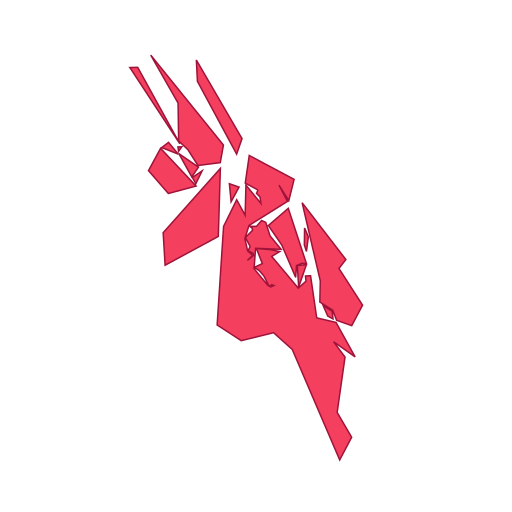 the district of Sittwe, Rakhine, Myanmar, rotated 172°
{"feature_id": "60261553B78069071602625", "entity_name": "Sittwe", "entity_type": "district", "adm_level": 2, "iso_a3": "MMR", "parent_name": "Myanmar", "parent_adm1": "Rakhine", "projection": "robinson", "projection_center": [92.892, 20.402], "detail": "medium", "context": "isolated", "style": "filled", "palette": "rose", "viewbox_px": 512, "rotation_deg": 172, "n_neighbors": 0, "source": "geoboundaries", "source_scale": "gbopen_adm2", "svg_char_len": 1923}
<svg xmlns="http://www.w3.org/2000/svg" viewBox="0 0 512 512"><g transform="rotate(172 256 256)"><path d="M171.9,142.3L186.0,179.1L204.5,186.3L204.7,228.9L209.8,229.3L210.0,224.1L218.6,218.3L240.5,253.4L231.9,257.1L241.3,260.4L254.5,263.3L250.8,247.6L259.2,245.0L254.8,241.0L251.1,235.4L247.7,225.5L246.2,223.9L244.5,225.4L242.4,224.3L245.7,223.3L248.4,225.3L259.7,243.7L255.3,263.7L230.2,259.1L239.3,274.0L241.7,288.0L245.5,290.4L251.4,285.3L257.9,286.2L255.8,283.9L256.0,281.8L263.9,275.8L260.5,266.2L263.1,262.3L258.5,259.1L258.3,256.9L265.1,252.9L259.1,257.1L263.6,262.2L264.6,274.8L258.7,287.2L217.2,305.7L223.4,323.0L215.8,306.3L207.6,326.6L248.7,356.5L256.5,329.7L245.4,321.5L245.2,320.5L246.8,318.0L243.8,313.8L243.8,307.4L256.1,327.6L261.1,297.9L267.3,314.4L284.0,289.8L304.1,193.1L282.4,174.2L249.3,177.6L233.1,158.4L201.5,42.4L186.5,63.2L197.4,89.8L181.9,143.5L191.1,160.3L171.9,142.3ZM347.3,259.5L290.6,280.6L279.1,347.7L344.7,292.0L347.3,259.5ZM175.6,232.1L167.5,240.0L202.9,302.3L195.8,222.4L199.2,201.5L187.6,191.7L185.1,181.1L170.9,173.7L157.3,192.5L175.6,232.1ZM278.4,353.4L272.8,370.4L332.3,469.6L311.9,418.3L316.6,380.7L308.7,370.9L300.9,353.7L278.4,353.4ZM228.9,263.2L219.7,229.3L217.2,240.9L211.4,242.4L207.1,241.4L217.4,298.7L239.5,284.5L228.9,263.2ZM334.1,330.1L305.6,333.6L335.5,375.9L350.6,355.5L334.1,330.1ZM261.0,359.6L253.5,374.2L287.8,458.4L289.7,437.1L261.0,359.6ZM354.7,460.2L315.8,377.7L346.9,459.3L354.7,460.2ZM300.6,352.0L318.2,368.2L308.6,343.3L300.6,352.0ZM216.4,240.8L218.1,219.3L207.3,240.4L216.4,240.8ZM263.2,326.6L272.3,331.3L273.1,313.2L263.2,326.6ZM326.8,380.7L334.3,376.5L318.8,367.7L326.8,380.7ZM204.0,277.0L206.6,260.2L205.4,253.5L201.5,267.6L204.0,277.0ZM297.5,347.8L308.1,342.6L305.5,336.0L297.5,347.8ZM196.3,197.2L193.3,186.5L188.5,183.0L188.2,190.7L196.3,197.2ZM314.3,374.5L318.1,374.9L318.1,370.4L314.3,374.5Z" fill="#f43f5e" stroke="#9f1239" stroke-width="1.5"/></g></svg>